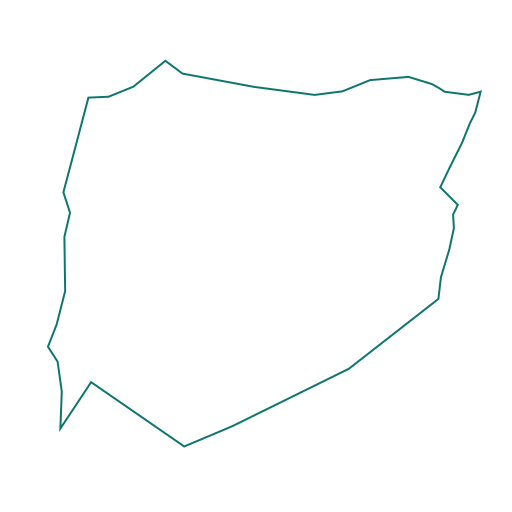 Barh-El-Gazel Ouest, Barh El Gazel, Chad (orthographic projection), rotated 98°
{"feature_id": "50815135B59767652467514", "entity_name": "Barh-El-Gazel Ouest", "entity_type": "district", "adm_level": 2, "iso_a3": "TCD", "parent_name": "Chad", "parent_adm1": "Barh El Gazel", "projection": "orthographic", "projection_center": [16.14, 13.385], "detail": "fine", "context": "isolated", "style": "outline", "palette": "teal", "viewbox_px": 512, "rotation_deg": 98, "n_neighbors": 0, "source": "geoboundaries", "source_scale": "gbopen_adm2", "svg_char_len": 628}
<svg xmlns="http://www.w3.org/2000/svg" viewBox="0 0 512 512"><g transform="rotate(98 256 256)"><path d="M181.5,451.0L219.7,455.6L239.0,446.2L263.7,448.4L317.3,440.1L351.7,443.9L374.8,449.4L388.2,437.8L417.1,429.5L454.1,425.7L403.9,401.7L454.6,300.6L428.1,256.2L354.7,148.3L273.1,69.4L251.2,69.9L222.8,65.5L200.9,63.9L187.5,66.6L177.3,63.3L162.3,83.1L139.8,76.0L115.2,67.7L94.9,62.7L83.7,58.9L62.0,56.4L66.8,67.7L67.1,92.0L64.4,97.7L61.3,105.5L57.4,129.9L65.9,167.4L80.9,193.3L88.3,220.3L88.8,281.4L85.6,354.2L75.3,372.9L105.4,401.0L118.8,424.2L122.5,444.0L181.5,451.0Z" fill="none" stroke="#0f766e" stroke-width="2"/></g></svg>